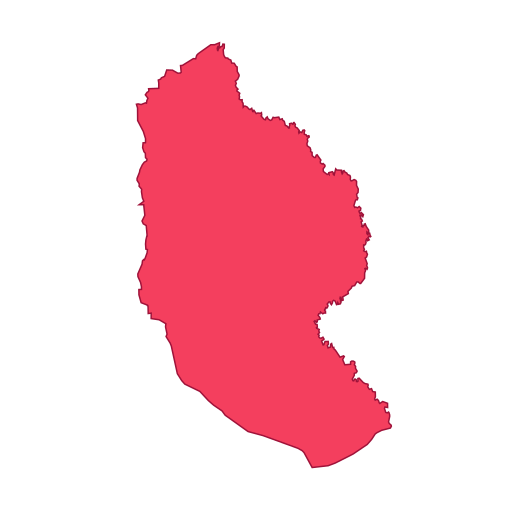 Na Pho, Buri Ram, Thailand (Equal Earth projection), rotated 355°
{"feature_id": "78962969B90341089131136", "entity_name": "Na Pho", "entity_type": "district", "adm_level": 2, "iso_a3": "THA", "parent_name": "Thailand", "parent_adm1": "Buri Ram", "projection": "equal_earth", "projection_center": [102.972, 15.699], "detail": "fine", "context": "isolated", "style": "filled", "palette": "rose", "viewbox_px": 512, "rotation_deg": 355, "n_neighbors": 0, "source": "geoboundaries", "source_scale": "gbopen_adm2", "svg_char_len": 6095}
<svg xmlns="http://www.w3.org/2000/svg" viewBox="0 0 512 512"><g transform="rotate(355 256 256)"><path d="M238.2,40.4L233.2,41.9L229.4,41.6L216.2,49.3L214.4,50.9L213.1,54.3L210.8,53.9L199.3,59.7L197.4,59.7L197.5,66.4L196.6,67.1L194.1,67.1L189.0,63.6L183.3,62.9L180.6,69.1L177.3,70.2L176.4,71.5L174.0,72.2L174.2,75.2L173.7,80.5L163.6,80.0L163.7,81.9L163.2,82.8L161.7,83.5L159.8,85.8L162.1,89.4L160.8,91.7L160.2,94.2L159.2,93.8L154.8,95.1L151.8,94.2L150.1,94.4L150.9,98.2L149.9,110.8L154.6,122.1L156.2,129.5L155.8,133.5L153.4,133.4L152.5,138.2L153.5,142.4L154.7,144.0L154.5,148.4L155.9,150.1L155.3,151.8L152.9,152.8L150.8,155.1L147.9,160.0L147.2,162.5L144.3,168.3L144.1,170.2L146.0,173.9L145.6,176.3L147.9,179.5L147.5,181.9L147.9,188.2L149.0,191.7L144.1,194.7L148.6,195.1L148.8,205.8L145.5,211.2L146.5,214.1L149.3,216.1L149.3,226.5L149.0,226.5L147.7,230.5L147.0,234.4L146.9,239.6L148.4,240.1L147.8,243.3L145.4,248.5L144.4,250.1L143.9,249.7L142.5,250.9L141.8,254.2L136.7,263.6L136.6,266.3L138.7,272.3L139.2,276.6L139.0,279.3L136.4,279.2L136.0,284.5L137.5,292.5L143.6,295.5L143.5,296.0L144.1,296.4L143.6,303.9L146.6,303.8L146.1,309.2L154.0,311.1L160.3,315.6L159.7,318.7L160.6,326.1L159.4,328.4L162.9,335.3L163.8,338.3L167.4,366.4L171.1,373.6L173.9,377.4L188.3,386.0L195.9,395.8L200.8,400.9L208.7,407.4L211.4,411.9L232.8,430.2L247.3,435.5L281.0,451.2L285.1,454.0L286.7,456.0L293.5,471.6L309.6,471.2L316.8,469.2L335.5,461.7L350.4,453.4L355.2,448.8L359.2,443.7L361.0,442.6L366.0,440.6L374.9,439.1L376.0,437.4L375.9,436.3L374.1,434.4L373.6,432.8L375.2,427.5L375.3,425.9L374.8,423.6L374.4,423.0L373.0,423.7L371.6,423.1L370.7,419.0L371.3,417.7L373.9,418.4L374.2,414.2L369.5,412.0L366.5,413.7L366.0,413.1L365.4,410.6L364.2,409.2L362.2,410.0L361.7,408.8L362.7,406.5L363.0,401.9L360.4,401.2L359.5,398.2L357.3,398.7L355.9,396.1L356.5,394.4L356.3,393.4L353.5,392.6L351.8,391.4L348.1,386.7L346.8,386.9L346.7,389.6L346.2,390.0L345.1,389.8L345.1,388.1L344.1,387.2L343.4,387.3L342.5,388.9L341.6,388.6L341.2,387.0L343.5,383.5L343.7,381.5L345.8,381.0L346.7,379.5L345.3,376.5L345.6,374.6L344.5,373.0L345.2,371.1L345.1,370.1L343.8,369.2L342.2,369.0L341.0,369.7L340.8,372.1L335.0,372.1L333.3,366.8L335.2,363.8L334.5,363.1L330.9,364.1L326.8,356.6L325.7,355.6L325.5,353.8L324.8,354.0L324.3,353.5L323.7,349.8L322.8,350.3L322.1,353.3L319.8,353.8L319.3,351.3L320.5,350.1L320.5,347.4L317.3,347.2L315.8,350.3L315.1,350.4L313.9,346.4L316.4,345.1L316.5,344.6L315.6,342.7L313.7,343.6L312.3,343.2L311.4,341.9L312.0,340.4L311.0,339.3L312.6,337.8L312.0,336.2L312.6,334.7L310.1,333.3L310.0,332.6L310.9,332.3L310.9,329.6L309.4,329.2L308.2,326.2L309.1,325.6L310.7,327.4L311.3,326.8L311.4,325.1L314.5,324.4L314.3,323.0L312.7,320.4L313.5,319.0L314.7,319.1L315.3,317.4L317.5,319.4L318.8,318.8L320.3,318.9L320.4,316.9L319.6,316.4L319.8,315.1L320.6,314.9L320.9,313.5L322.1,314.0L323.2,312.5L323.4,311.4L322.7,310.1L324.8,308.0L325.9,308.3L325.9,309.6L326.9,311.1L328.1,309.3L328.2,307.9L329.5,306.9L330.9,307.8L332.0,311.5L332.6,311.4L333.4,309.5L334.0,311.3L335.9,311.0L336.7,309.3L336.3,308.3L336.5,306.9L335.9,305.9L336.3,304.4L337.0,304.6L337.5,307.9L339.0,307.5L338.8,304.3L344.7,301.5L344.5,299.3L348.2,296.2L349.0,294.5L351.7,294.1L354.1,290.7L355.4,290.7L357.2,292.5L357.9,292.5L362.2,287.7L362.8,282.2L363.9,280.0L363.4,278.0L364.1,277.8L365.5,278.9L366.1,277.5L365.4,275.0L366.1,273.4L364.6,267.5L366.1,266.6L367.2,263.9L366.6,262.8L366.4,260.9L365.2,261.2L363.7,260.2L364.6,258.7L364.0,257.4L364.2,254.4L365.2,254.6L366.2,253.7L366.9,251.7L366.7,250.7L367.6,248.7L368.1,249.0L368.5,250.5L370.2,249.8L369.1,247.5L370.1,246.5L371.6,246.9L372.1,246.4L371.6,245.8L371.2,243.2L369.9,243.2L369.3,244.5L368.4,243.4L368.6,241.7L369.2,242.3L370.4,242.1L370.5,240.0L368.4,236.2L367.6,233.4L366.6,233.7L366.5,234.9L365.6,235.0L365.0,236.4L363.8,235.8L364.3,234.5L363.7,231.2L365.0,230.4L364.4,228.5L363.4,228.0L363.7,227.0L363.1,224.7L365.3,224.2L365.0,225.4L365.8,226.2L366.6,224.2L364.7,221.9L363.3,222.8L362.5,220.8L362.7,220.0L364.0,219.9L364.6,217.5L363.1,215.7L361.4,216.8L359.6,215.9L358.6,216.2L357.9,214.4L359.7,209.8L360.8,208.4L361.8,208.8L362.6,207.0L361.8,206.1L361.6,203.2L363.2,201.6L363.7,198.2L362.3,194.4L362.7,190.6L362.0,189.3L360.4,188.4L358.0,189.5L357.1,189.3L356.6,187.8L357.0,185.6L356.6,184.0L354.3,182.8L353.7,181.3L352.0,180.2L351.1,178.6L350.0,179.0L349.8,180.8L349.0,181.7L348.4,179.6L348.6,178.0L344.0,177.4L343.0,176.1L340.9,182.2L340.2,181.6L340.1,179.6L339.5,178.7L335.8,179.3L335.9,181.2L335.1,180.4L334.0,181.0L330.5,177.7L330.5,175.1L332.5,172.8L332.6,171.6L330.9,169.7L330.0,170.2L328.3,169.0L328.3,167.2L329.0,166.1L325.7,160.5L324.8,160.8L323.8,163.0L322.6,162.9L320.7,160.9L320.9,157.6L319.5,156.7L319.8,155.0L319.3,152.9L316.7,150.7L316.5,148.6L317.6,146.0L317.2,144.2L318.4,142.5L319.3,142.2L319.4,141.1L318.7,140.7L317.1,141.2L316.5,139.6L314.8,139.0L314.8,137.1L315.5,135.4L315.0,134.6L313.6,134.8L312.3,137.0L310.8,136.2L309.5,137.4L309.3,136.2L310.0,134.7L308.1,131.9L306.6,131.1L306.2,129.6L306.7,128.3L305.5,126.3L305.0,126.4L304.7,127.6L304.2,128.0L302.9,126.8L301.0,127.1L301.0,128.9L300.3,130.1L300.4,131.3L299.7,131.4L298.1,129.1L296.6,128.5L295.9,124.3L294.4,123.0L294.1,121.6L291.7,122.2L290.8,119.6L286.5,119.8L285.1,119.3L283.5,121.8L282.0,122.2L279.9,120.3L279.3,118.4L277.9,119.4L277.5,121.0L277.1,121.2L275.6,120.2L273.3,116.9L274.0,116.1L273.9,113.7L273.0,114.2L270.2,113.7L268.6,114.1L266.6,110.6L266.0,110.8L265.7,111.9L265.3,111.8L264.6,108.5L262.8,109.6L261.8,109.0L260.1,106.7L258.3,105.7L257.3,105.6L256.3,106.6L256.4,102.6L255.6,101.2L255.8,99.1L254.1,99.1L252.9,98.1L253.5,95.9L253.2,94.2L254.0,92.5L251.4,90.0L251.5,89.0L252.6,88.2L250.8,85.9L250.4,84.1L251.4,82.4L250.7,80.0L253.1,78.4L254.9,75.1L254.9,73.9L253.4,70.5L253.7,66.0L252.7,65.3L251.1,62.1L248.6,61.7L248.0,58.6L245.6,57.3L245.2,56.4L242.7,55.9L241.7,53.9L241.3,52.4L241.3,47.6L242.5,46.1L242.9,42.3L241.5,42.0L240.5,44.3L239.2,44.3L238.2,45.4L236.6,45.7L236.4,47.2L235.9,48.0L235.6,47.7L235.5,45.6L236.3,44.1L237.0,44.5L237.7,43.6L238.2,40.4Z" fill="#f43f5e" stroke="#9f1239" stroke-width="1.5"/></g></svg>